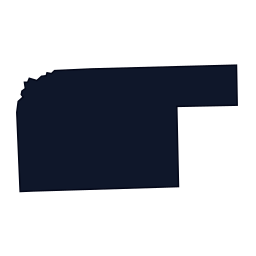 Adams, Washington, United States of America (orthographic projection), rotated 178°
{"feature_id": "52423323B7193910850758", "entity_name": "Adams", "entity_type": "district", "adm_level": 2, "iso_a3": "USA", "parent_name": "United States of America", "parent_adm1": "Washington", "projection": "orthographic", "projection_center": [-118.309, 46.999], "detail": "fine", "context": "isolated", "style": "filled", "palette": "ink", "viewbox_px": 256, "rotation_deg": 178, "n_neighbors": 0, "source": "geoboundaries", "source_scale": "gbopen_adm2", "svg_char_len": 438}
<svg xmlns="http://www.w3.org/2000/svg" viewBox="0 0 256 256"><g transform="rotate(178 128 128)"><path d="M79.6,67.7L78.5,147.9L18.1,147.0L17.4,187.0L162.7,188.3L199.4,187.9L202.6,185.0L207.0,186.0L207.9,183.1L212.6,182.7L217.4,178.6L224.9,181.1L226.7,177.2L229.9,177.3L229.2,171.0L232.7,168.6L233.5,165.1L231.7,162.7L236.8,158.4L238.6,147.5L238.0,68.3L224.7,68.4L79.6,67.7Z" fill="#0f172a" stroke="#020617" stroke-width="1.5"/></g></svg>